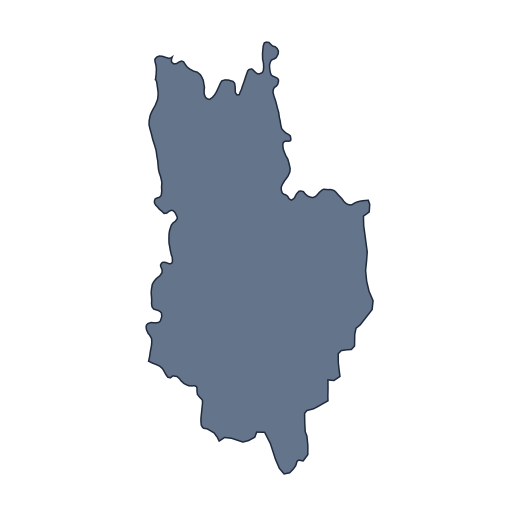 outline of Klimavichy, Mogilev, Belarus, rotated 96°
{"feature_id": "67162791B58533541453403", "entity_name": "Klimavichy", "entity_type": "district", "adm_level": 2, "iso_a3": "BLR", "parent_name": "Belarus", "parent_adm1": "Mogilev", "projection": "equal_earth", "projection_center": [31.953, 53.607], "detail": "fine", "context": "isolated", "style": "filled", "palette": "slate", "viewbox_px": 512, "rotation_deg": 96, "n_neighbors": 0, "source": "geoboundaries", "source_scale": "gbopen_adm2", "svg_char_len": 4593}
<svg xmlns="http://www.w3.org/2000/svg" viewBox="0 0 512 512"><g transform="rotate(96 256 256)"><path d="M443.9,273.3L439.8,268.3L439.8,261.4L442.4,249.6L440.4,244.2L436.4,238.3L431.1,236.9L430.4,229.0L441.0,222.1L456.3,215.3L464.7,210.6L469.8,205.3L468.1,199.9L464.2,196.8L460.4,194.6L455.8,193.7L454.5,192.1L454.9,187.7L448.1,183.7L439.2,184.6L429.9,186.5L425.6,188.7L415.9,190.2L407.4,191.2L404.4,189.3L401.9,182.7L398.5,177.7L395.5,173.6L392.5,169.3L387.8,169.9L380.6,170.5L371.7,171.5L371.7,165.5L367.0,159.9L359.0,161.8L353.5,163.0L344.6,164.0L341.2,161.4L339.9,156.4L339.0,151.4L335.2,148.6L323.8,149.6L317.4,149.0L313.6,145.2L307.7,141.5L297.1,134.9L288.2,134.9L279.3,139.9L269.5,143.3L258.9,145.5L249.6,145.5L240.3,145.8L228.8,148.6L214.4,152.1L205.1,153.3L200.4,148.0L192.8,148.3L188.8,150.2L189.7,154.8L190.6,158.3L191.4,160.3L192.2,162.1L193.7,164.4L194.9,165.8L195.4,167.8L195.1,170.1L194.3,172.0L192.7,174.2L190.6,176.0L188.7,178.1L186.9,180.3L183.9,183.5L182.7,185.3L182.1,188.5L182.5,191.8L182.5,195.6L183.6,197.3L186.0,199.6L188.5,201.3L190.7,203.1L192.0,205.7L191.7,208.5L191.0,210.9L189.4,213.2L188.6,214.1L187.0,215.6L186.7,218.3L187.1,220.0L189.9,222.1L192.2,223.1L194.2,223.8L195.2,224.7L196.8,226.6L195.7,229.0L193.2,230.9L191.9,233.2L191.7,234.9L190.6,236.4L187.9,237.7L185.1,238.1L182.3,237.4L177.9,235.3L175.3,233.7L172.9,232.4L168.7,231.1L165.4,231.2L161.1,232.6L156.3,234.5L153.1,236.9L149.9,238.6L146.8,240.1L143.1,240.9L140.7,240.9L139.0,239.5L138.5,237.4L138.5,235.6L137.7,233.7L136.1,233.5L133.0,234.4L132.0,235.8L130.4,239.4L128.3,242.1L126.7,243.8L122.6,245.2L119.1,246.1L115.6,247.3L111.0,248.4L107.3,249.9L100.2,252.5L94.8,255.0L91.4,256.2L88.5,256.2L86.4,255.3L85.2,253.8L83.4,252.5L80.7,251.9L78.6,252.0L77.2,253.0L76.2,255.3L75.3,258.2L74.5,259.6L72.6,260.7L70.2,261.5L67.1,262.2L64.6,262.5L61.7,262.0L59.7,261.2L58.4,259.3L58.0,258.3L56.7,256.7L52.9,255.1L50.0,255.1L47.5,256.6L45.9,258.7L45.4,261.6L43.9,263.5L42.3,265.4L42.2,268.1L43.1,270.0L46.5,270.8L54.1,270.7L59.5,270.0L63.6,268.7L67.5,268.1L71.0,268.1L73.1,269.0L74.6,272.0L74.6,273.7L73.5,275.6L72.5,276.9L71.4,278.2L70.4,279.8L71.3,282.5L72.8,283.6L79.6,285.2L82.5,285.8L84.8,286.3L89.1,287.4L92.3,288.0L94.7,288.9L97.3,289.5L97.8,291.7L95.7,293.6L90.0,294.4L86.5,295.3L84.8,297.0L83.9,301.7L84.1,305.2L85.4,308.3L87.6,309.4L93.5,311.3L97.4,312.7L100.1,314.0L102.8,315.9L105.1,318.5L104.8,320.8L103.4,322.9L100.2,324.5L96.8,324.9L93.6,324.9L90.9,325.7L86.8,326.8L83.9,328.5L81.5,330.3L79.3,333.6L78.7,337.3L76.9,341.6L75.2,344.3L72.4,346.8L70.4,348.4L69.9,350.5L71.1,352.8L73.0,355.2L73.5,357.9L72.3,359.9L70.8,360.6L68.3,360.5L66.8,360.1L68.0,361.4L68.5,363.6L67.8,367.1L67.2,369.7L67.2,373.0L68.6,375.6L70.8,377.1L72.2,377.0L74.2,376.4L76.8,375.4L80.6,374.6L85.6,374.3L90.4,374.4L91.0,374.5L91.0,374.2L93.2,373.0L97.2,372.0L99.6,371.4L103.2,370.5L106.2,370.2L110.3,370.2L113.3,371.0L116.9,372.0L120.5,373.6L124.1,375.0L127.1,375.9L132.4,376.4L136.7,376.1L140.5,374.8L144.7,373.1L151.4,370.7L156.5,368.4L161.1,366.5L168.2,364.7L171.6,363.7L175.3,363.0L179.8,362.1L183.1,361.0L187.2,359.1L192.6,357.3L197.7,357.1L201.2,356.5L205.6,356.6L207.7,358.1L208.4,360.0L209.7,362.2L211.9,362.8L213.8,362.5L215.9,361.1L217.6,359.0L219.6,357.0L221.4,354.2L223.3,351.9L222.7,349.3L220.6,347.1L219.4,345.0L219.5,343.4L221.1,341.2L223.4,339.7L225.4,338.5L227.0,338.2L230.0,339.9L231.8,342.0L234.1,343.4L239.5,344.6L243.0,344.8L248.1,344.4L252.6,343.8L256.1,342.7L258.4,342.1L261.2,341.2L263.8,340.3L265.6,339.3L268.0,338.8L270.4,338.5L272.0,339.1L272.8,340.7L272.6,342.4L271.9,344.8L271.8,346.6L272.1,348.2L272.9,349.1L274.8,350.0L276.4,349.7L278.3,348.6L279.8,347.9L282.3,347.7L285.8,349.6L287.6,351.5L289.6,353.3L292.5,355.1L295.2,356.2L300.5,356.5L303.9,356.4L307.8,355.6L311.0,355.1L314.3,354.9L317.4,354.1L319.5,352.2L320.3,348.0L321.2,345.6L322.7,344.0L326.2,343.4L330.8,344.4L332.3,346.0L333.0,349.0L333.1,350.9L333.1,353.4L334.5,356.4L336.2,357.7L338.0,357.9L340.8,357.2L344.4,355.1L345.6,353.7L348.9,351.3L352.0,350.7L355.9,350.6L361.9,351.1L367.0,351.3L371.9,351.8L371.9,351.6L373.3,347.9L374.4,343.8L375.6,340.3L377.8,337.2L380.3,335.3L383.6,333.0L385.8,331.0L386.1,328.3L383.9,326.2L384.1,321.9L386.1,319.2L388.0,317.5L390.4,314.2L391.2,312.1L392.1,309.2L391.9,306.0L391.4,303.7L392.1,301.6L393.9,300.8L396.4,300.6L399.7,299.8L402.2,297.4L403.3,296.0L405.2,294.1L408.4,293.8L411.3,293.8L417.9,293.8L422.8,293.8L426.2,293.5L429.8,292.8L432.1,291.2L432.8,290.0L433.0,286.5L434.9,282.2L436.5,278.9L438.1,277.6L440.2,275.6L443.9,273.3Z" fill="#64748b" stroke="#1e293b" stroke-width="1.5"/></g></svg>